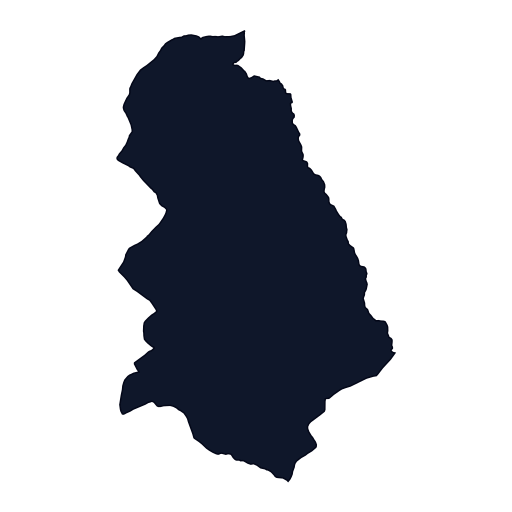 the district of Asmat, Anseba, Eritrea
{"feature_id": "51966322B95740891670164", "entity_name": "Asmat", "entity_type": "district", "adm_level": 2, "iso_a3": "ERI", "parent_name": "Eritrea", "parent_adm1": "Anseba", "projection": "robinson", "projection_center": [37.974, 16.37], "detail": "fine", "context": "isolated", "style": "filled", "palette": "ink", "viewbox_px": 512, "rotation_deg": 0, "n_neighbors": 0, "source": "geoboundaries", "source_scale": "gbopen_adm2", "svg_char_len": 6023}
<svg xmlns="http://www.w3.org/2000/svg" viewBox="0 0 512 512"><path d="M279.3,81.6L278.2,79.9L276.7,81.0L274.8,81.0L273.3,81.5L269.7,80.6L266.5,80.9L265.7,80.6L263.0,79.0L260.4,78.4L259.4,77.2L254.2,76.0L251.8,77.6L250.0,78.3L248.9,78.5L248.2,78.1L247.2,76.6L246.3,73.9L244.7,71.4L244.0,71.0L241.2,67.9L237.8,65.5L236.0,65.3L235.4,65.5L234.5,65.4L233.2,64.9L233.0,64.6L233.0,63.9L233.6,62.8L234.8,62.3L235.9,62.3L237.1,61.2L238.4,60.4L240.8,57.8L241.2,57.8L241.5,57.5L243.1,55.1L243.5,53.7L243.7,51.3L244.1,50.6L244.6,43.6L244.7,41.4L244.1,35.0L244.3,33.4L244.1,31.6L245.0,30.7L234.6,35.8L230.1,36.7L224.7,36.8L222.3,36.2L219.1,36.8L217.7,36.9L215.9,36.6L212.3,36.7L210.6,36.3L208.7,36.3L206.6,36.6L202.8,37.5L201.6,38.3L201.0,39.0L200.1,38.3L198.8,37.0L196.4,36.0L191.3,35.0L188.4,35.2L186.1,35.9L184.0,36.0L181.3,37.5L180.2,37.4L174.6,38.4L172.9,39.5L172.0,39.8L167.4,42.5L165.5,43.9L164.4,45.5L162.0,47.9L161.5,48.7L160.5,50.7L158.8,53.0L157.0,56.6L154.1,59.8L146.8,65.7L143.6,67.8L140.5,70.1L137.1,74.6L132.0,83.7L130.7,87.0L130.2,87.8L129.9,88.8L129.9,92.7L129.5,94.4L129.1,95.2L127.0,98.2L125.7,100.9L124.1,104.4L123.4,107.2L123.6,108.6L124.2,110.5L126.1,113.3L127.5,116.5L128.1,117.3L131.2,124.8L132.2,129.6L132.3,131.7L129.5,135.6L129.2,137.3L128.3,139.2L127.3,142.1L125.8,145.3L123.8,147.8L122.0,151.0L119.4,154.0L118.5,155.7L117.3,157.2L117.1,157.9L117.1,158.7L117.5,159.5L118.5,160.4L122.9,162.9L128.6,165.7L130.0,166.8L133.7,168.4L135.4,170.7L139.5,175.2L140.4,176.6L143.5,180.4L150.8,188.0L152.2,189.1L154.3,191.8L155.9,192.6L157.4,195.2L157.9,198.0L159.7,203.5L161.8,205.7L164.7,207.3L166.3,208.9L166.7,209.6L166.8,210.3L166.0,213.2L165.1,215.2L163.4,218.3L160.0,223.3L159.0,224.6L156.0,227.3L151.8,231.6L149.0,235.0L147.3,236.3L147.0,237.0L141.9,241.5L137.5,244.2L134.7,245.4L129.5,248.3L128.7,249.3L125.8,254.9L125.7,256.2L125.3,257.7L123.7,262.1L118.4,270.2L119.4,271.8L124.5,276.9L127.3,280.2L133.1,288.7L137.2,291.3L147.3,298.8L149.8,300.2L152.1,303.3L156.0,309.2L156.8,310.9L156.7,311.5L156.1,312.0L154.2,313.6L151.8,315.1L148.6,317.9L145.3,321.3L144.3,322.9L143.8,326.0L143.6,331.2L143.9,332.8L144.0,335.8L144.5,339.2L145.9,341.0L148.1,343.2L151.4,345.9L153.2,347.1L153.9,347.2L154.1,347.4L154.2,348.0L152.9,349.5L151.4,350.7L149.7,351.3L148.5,352.0L145.0,355.2L134.6,362.8L134.5,363.9L137.3,369.4L138.8,371.4L139.0,372.0L133.7,373.3L130.9,374.7L129.8,375.1L127.9,376.5L124.9,380.0L123.9,382.4L122.9,385.9L122.5,389.9L121.4,395.2L119.9,404.7L120.5,409.2L121.0,411.2L122.4,413.9L123.2,414.1L124.5,413.7L125.8,412.9L130.1,411.0L133.2,409.1L145.1,404.1L148.1,402.4L150.3,401.8L151.2,401.3L153.0,401.5L154.3,402.4L157.1,405.8L158.3,406.4L160.3,406.4L163.6,405.6L169.6,405.3L170.7,405.4L173.5,406.2L176.6,407.8L178.8,409.7L180.7,410.6L184.0,412.9L186.5,416.5L187.7,418.7L188.5,421.6L192.9,433.7L194.0,437.7L194.4,438.2L199.1,441.4L202.1,443.8L206.6,448.1L209.4,450.1L213.0,452.2L216.3,453.7L218.0,454.1L218.9,454.0L219.9,453.4L221.7,453.1L225.8,454.2L228.1,453.6L230.6,454.0L231.6,454.8L233.2,457.4L234.7,459.0L235.9,459.8L236.6,460.0L239.5,460.0L240.5,460.7L242.8,460.6L243.9,460.8L247.9,463.1L250.8,464.1L253.6,463.6L257.0,465.1L260.7,467.8L265.2,468.8L266.8,469.8L267.5,469.8L268.6,470.2L271.0,471.6L272.1,472.6L274.3,475.0L275.0,476.1L276.3,477.1L277.7,477.4L283.0,477.9L287.1,480.2L288.1,481.3L289.8,479.2L291.1,476.7L292.1,474.1L292.5,471.5L294.1,467.1L294.3,465.6L294.8,463.6L296.4,461.1L301.0,457.5L305.4,455.0L307.4,453.4L311.7,450.8L315.7,447.4L316.1,446.7L316.3,444.8L315.7,443.0L315.0,441.5L314.0,440.1L312.5,437.5L311.1,435.9L308.7,431.9L307.6,428.8L307.5,426.8L307.7,426.1L308.8,423.7L310.6,421.7L320.5,414.3L324.2,411.3L324.8,409.7L324.9,401.4L325.3,398.8L326.4,398.4L328.6,398.3L329.3,398.0L333.5,394.4L339.2,390.4L341.8,388.8L345.7,387.4L350.3,386.0L366.4,378.1L373.2,376.1L376.3,375.6L377.5,374.3L382.5,367.8L390.5,359.1L394.9,353.0L392.6,352.4L391.3,351.1L391.0,350.5L390.9,349.9L392.3,348.5L392.4,348.1L392.3,347.1L391.6,345.4L392.0,341.9L392.0,340.1L391.8,339.6L391.0,338.5L389.1,337.4L388.6,336.5L388.3,335.3L387.6,334.1L387.4,332.4L387.7,330.9L387.6,327.0L387.0,325.2L385.3,322.1L384.9,321.7L383.7,321.3L380.6,321.1L378.7,320.7L375.8,320.8L375.4,320.5L374.9,319.8L373.1,318.6L370.8,315.5L369.1,313.7L368.7,313.1L367.7,310.1L367.4,309.5L365.2,307.6L364.9,306.7L364.6,305.5L364.5,303.1L363.1,298.4L363.4,297.4L364.2,295.3L364.4,294.4L364.4,292.5L365.7,290.2L366.2,288.9L367.1,284.3L366.7,282.7L366.0,281.2L365.8,279.9L365.3,279.4L365.4,278.7L366.2,277.0L366.2,275.1L366.6,274.4L366.8,273.5L366.1,271.7L365.8,269.0L365.3,268.1L364.1,267.0L360.8,266.4L359.6,265.6L358.9,264.3L358.4,260.7L357.6,258.4L356.3,256.1L355.2,254.5L354.4,252.5L354.1,250.7L353.7,248.7L353.4,248.0L349.9,245.5L348.6,244.1L348.3,243.5L348.1,241.5L347.2,240.0L345.8,236.0L345.9,234.2L346.5,232.8L346.7,230.7L346.9,229.8L346.3,227.4L346.0,224.2L345.1,221.4L343.8,220.0L343.0,219.8L342.0,219.0L341.2,217.3L340.1,216.7L338.5,214.6L336.1,210.7L335.7,209.5L333.8,206.2L331.0,204.9L329.8,204.0L329.4,203.4L328.8,201.5L328.8,199.1L328.6,197.8L328.0,196.8L326.1,194.4L324.7,193.3L323.9,191.5L324.2,189.2L324.7,187.2L324.6,184.8L323.4,181.7L321.6,179.5L320.7,177.5L319.8,176.5L318.9,175.8L317.9,175.4L315.4,174.9L314.3,174.3L313.4,173.5L311.4,170.2L309.9,168.6L309.1,168.1L308.4,168.0L307.9,167.5L307.4,166.3L307.5,163.7L306.9,162.3L306.1,161.7L302.8,160.6L302.5,160.2L302.4,159.6L303.0,157.0L303.1,155.8L303.0,154.4L301.8,152.0L301.5,150.8L301.6,147.0L300.9,145.1L298.6,140.9L298.2,138.9L298.3,137.3L298.9,136.0L299.6,135.2L299.7,134.4L299.5,133.6L298.7,132.5L296.2,127.2L295.2,125.7L293.3,124.5L292.3,123.1L292.2,120.3L292.5,119.2L293.0,118.3L294.1,117.1L294.2,115.2L293.7,114.0L292.6,113.3L291.8,112.3L291.2,110.9L291.2,108.4L290.6,105.9L290.4,103.6L290.7,103.1L292.0,102.5L292.2,102.0L290.9,97.6L290.7,94.5L290.4,94.0L290.0,93.9L287.2,93.8L285.6,93.1L285.4,89.9L284.9,89.3L284.1,89.1L283.6,88.7L282.8,87.2L282.8,86.1L282.5,85.6L281.4,84.0L280.1,83.3L279.3,81.6Z" fill="#0f172a" stroke="#020617" stroke-width="1.5"/></svg>